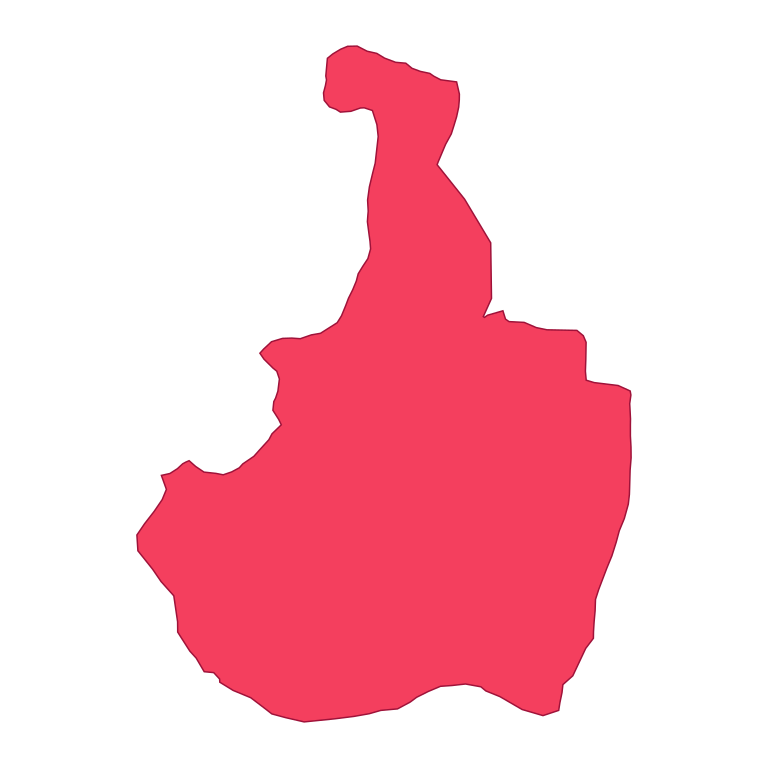 outline of Qaha, Al Qalyubiyah, Egypt
{"feature_id": "37247803B19157845766633", "entity_name": "Qaha", "entity_type": "district", "adm_level": 2, "iso_a3": "EGY", "parent_name": "Egypt", "parent_adm1": "Al Qalyubiyah", "projection": "mercator", "projection_center": [31.21, 30.293], "detail": "fine", "context": "isolated", "style": "filled", "palette": "rose", "viewbox_px": 768, "rotation_deg": 0, "n_neighbors": 0, "source": "geoboundaries", "source_scale": "gbopen_adm2", "svg_char_len": 2365}
<svg xmlns="http://www.w3.org/2000/svg" viewBox="0 0 768 768"><path d="M593.4,638.3L593.5,631.8L594.1,622.0L595.1,610.9L595.5,599.4L598.7,589.5L606.8,568.2L611.9,555.8L616.2,542.2L619.3,530.7L624.3,518.6L628.3,504.2L629.4,494.5L629.6,488.3L630.1,470.3L631.1,457.9L631.0,447.2L630.4,435.9L630.4,424.7L630.5,418.9L629.9,407.0L629.7,403.7L630.9,395.0L630.2,391.0L618.1,385.5L594.2,382.6L586.2,380.2L585.4,371.2L585.8,359.7L586.1,342.3L583.3,335.7L576.9,330.4L561.9,330.1L547.0,329.8L536.3,327.6L524.2,322.4L509.0,321.6L505.5,319.1L502.9,310.8L487.6,315.2L484.5,317.4L483.9,317.0L483.3,316.6L491.5,298.4L490.7,242.8L464.6,199.2L437.1,164.7L438.3,161.6L445.6,144.3L451.3,133.9L453.9,125.7L456.6,116.8L458.7,107.1L459.3,99.9L459.4,94.1L456.6,81.9L440.7,79.8L433.8,76.2L429.8,73.4L420.4,71.4L412.0,68.3L405.8,63.2L395.6,62.3L384.5,58.1L376.8,53.4L367.1,51.2L357.2,46.1L347.6,46.3L340.7,49.2L336.8,51.5L332.7,54.0L327.4,58.3L325.8,76.0L326.5,79.9L325.4,85.7L323.5,92.9L324.2,100.4L329.5,106.9L336.0,109.3L340.4,112.1L350.9,111.3L360.4,108.0L364.2,107.8L372.4,110.5L376.9,124.6L378.2,136.6L375.2,163.2L372.8,172.6L369.4,186.8L367.6,200.0L368.2,211.2L367.8,216.0L367.4,221.7L369.1,234.8L370.0,241.3L370.6,248.9L367.9,258.6L362.8,266.3L358.2,273.8L356.3,281.1L352.7,289.8L348.5,298.2L345.7,305.6L341.5,315.8L337.2,322.7L320.5,333.3L311.3,334.9L300.3,338.7L291.8,338.1L282.5,338.4L271.5,341.7L263.7,349.0L259.9,353.2L264.0,359.2L273.1,368.2L276.8,371.2L279.4,379.0L277.9,391.2L275.6,398.1L273.8,401.6L272.9,410.3L278.7,419.4L281.3,424.8L272.0,433.8L268.9,439.7L259.5,450.0L253.9,456.3L242.8,463.9L239.3,467.8L231.7,471.9L223.2,474.8L216.0,473.4L204.0,472.1L195.7,466.5L189.1,460.7L185.8,462.1L182.7,463.8L177.4,468.7L169.9,473.5L161.4,475.4L166.4,489.4L162.2,499.6L154.3,511.2L144.6,523.7L136.9,535.0L137.9,550.8L152.6,569.2L161.1,581.6L173.8,595.8L177.6,621.8L177.7,632.1L180.8,637.0L189.9,651.2L196.2,658.1L204.2,671.7L213.7,672.6L219.6,679.0L219.8,682.2L233.1,690.4L250.7,697.7L261.5,705.9L266.6,709.8L271.8,713.9L285.5,717.6L304.1,721.9L334.8,718.8L354.0,716.4L369.3,713.7L380.8,710.4L397.5,708.9L410.3,702.0L416.6,697.3L428.2,691.5L440.5,686.3L452.0,685.5L465.5,684.0L480.9,686.8L485.8,690.9L499.9,696.6L522.1,709.5L543.0,715.6L558.7,710.4L559.9,702.7L562.0,692.6L562.9,684.6L572.8,675.8L585.7,648.4L593.4,638.3Z" fill="#f43f5e" stroke="#9f1239" stroke-width="1.5"/></svg>